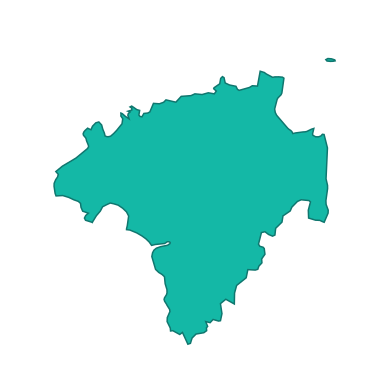 outline of Devon, rotated 98°
{"feature_id": "GBR-2048", "entity_name": "Devon", "entity_type": "Administrative County", "adm_level": 1, "iso_a3": "GBR", "parent_name": "United Kingdom", "parent_adm1": "", "projection": "mercator", "projection_center": [-3.833, 50.73], "detail": "fine", "context": "isolated", "style": "filled", "palette": "teal", "viewbox_px": 384, "rotation_deg": 98, "n_neighbors": 0, "source": "natural_earth", "source_scale": "10m", "svg_char_len": 3261}
<svg xmlns="http://www.w3.org/2000/svg" viewBox="0 0 384 384"><g transform="rotate(98 192 192)"><path d="M332.6,193.9L329.7,194.6L323.8,198.6L319.8,199.0L313.4,197.2L311.4,197.8L307.6,201.0L306.8,201.5L304.0,203.9L302.3,204.7L300.6,204.5L297.3,203.0L295.4,202.7L292.2,203.2L286.6,205.8L279.7,207.5L277.8,210.2L276.3,213.7L273.7,217.3L261.5,222.8L257.7,222.6L254.9,221.6L252.6,219.5L250.5,215.5L248.3,209.2L247.6,208.1L247.2,207.8L246.8,207.3L246.3,206.7L245.3,206.5L244.7,207.0L244.5,208.3L244.7,209.5L246.8,211.9L249.1,221.1L250.5,224.6L247.5,227.4L244.8,231.1L242.4,235.6L240.2,241.0L238.3,248.3L238.4,251.6L237.6,251.7L234.3,251.4L229.5,251.4L224.6,251.4L220.8,254.1L217.7,258.4L215.3,263.3L214.6,267.7L214.3,271.4L216.4,274.7L219.1,278.5L223.6,280.1L228.8,283.4L235.0,286.1L236.1,286.5L235.9,286.9L234.8,293.5L232.8,294.9L230.1,294.0L227.4,291.7L226.2,297.6L222.6,299.8L218.8,300.8L217.1,303.3L216.2,307.8L214.5,313.3L213.5,319.5L214.8,326.1L212.3,327.4L205.5,329.4L202.6,329.7L198.8,328.7L195.8,327.2L193.1,326.9L190.7,329.7L184.4,323.9L174.6,311.7L163.6,301.6L161.7,300.7L160.2,301.1L155.9,303.6L154.2,304.2L153.2,304.8L151.0,307.3L149.6,307.9L147.7,307.5L146.0,306.5L143.3,304.2L143.7,303.2L144.4,300.7L140.7,299.7L136.9,296.9L135.6,294.0L138.2,290.8L142.2,289.1L146.0,286.9L148.6,285.9L149.0,284.2L149.0,282.9L148.1,280.4L145.0,277.7L141.5,275.2L137.5,272.8L134.2,270.8L131.6,270.8L129.1,270.8L126.7,273.0L124.1,273.2L124.0,273.4L123.7,273.4L124.2,271.8L126.5,268.3L128.3,264.5L124.9,266.2L123.2,266.0L121.4,264.5L120.9,266.6L119.2,263.0L117.4,263.3L116.4,265.2L115.3,263.7L116.3,261.6L118.1,258.1L118.5,255.2L123.2,255.3L124.4,254.1L124.5,252.0L120.9,250.6L120.0,246.9L118.6,244.9L109.6,242.5L109.2,236.6L107.1,232.6L104.4,230.6L105.3,220.5L98.8,216.0L96.7,206.4L94.4,202.8L94.1,195.6L91.5,189.7L91.7,183.6L88.7,182.0L86.7,184.9L85.7,184.7L81.0,179.6L75.5,179.4L73.5,177.9L74.3,176.2L79.4,174.3L80.8,169.8L81.2,163.2L84.0,161.3L84.8,159.5L80.5,149.7L78.4,147.1L78.0,141.9L62.9,141.3L63.6,137.0L64.8,134.8L67.2,128.1L66.5,126.0L65.9,122.2L65.7,118.4L66.5,116.8L81.5,116.8L83.4,117.4L86.9,120.0L88.5,120.6L98.3,121.7L101.7,120.6L104.3,118.8L115.6,106.0L116.6,104.4L117.3,102.8L118.4,101.4L120.1,100.3L119.1,97.7L117.1,90.5L116.7,88.5L116.1,86.8L113.2,82.5L112.1,80.2L117.7,80.7L119.0,80.2L120.1,77.3L119.8,74.5L118.6,72.2L116.7,70.9L116.7,69.2L129.5,64.0L160.3,61.1L166.6,58.7L169.8,58.2L181.9,58.2L185.6,57.5L191.0,54.6L194.0,54.3L203.6,56.9L203.2,58.6L203.1,59.0L202.3,61.5L202.7,65.8L201.6,72.9L193.8,74.3L185.3,73.3L184.2,74.9L184.5,82.8L186.7,86.3L193.1,91.0L197.1,92.1L203.0,98.6L209.3,98.7L216.3,104.1L223.1,103.9L224.5,106.1L223.4,110.3L221.2,114.2L222.5,117.6L234.4,118.9L236.3,117.3L236.8,113.9L237.9,112.6L243.5,111.1L248.6,113.7L252.4,112.9L256.2,115.5L259.4,116.1L260.5,118.5L261.1,125.9L269.4,126.4L278.3,134.8L286.1,135.8L297.0,134.5L293.5,143.6L298.6,148.3L308.3,145.4L315.5,145.9L316.1,147.7L315.3,153.4L318.9,155.9L318.4,160.4L322.9,157.8L324.5,158.8L327.3,158.2L329.7,160.7L332.1,168.2L336.6,171.6L342.1,172.5L343.3,174.9L332.4,181.9L334.8,184.3L332.0,191.7L332.6,193.9ZM43.1,71.6L43.4,73.3L43.5,76.6L42.3,77.9L40.9,76.0L40.7,72.4L41.3,69.0L42.2,68.5L42.9,70.5L43.1,71.6Z" fill="#14b8a6" stroke="#0f766e" stroke-width="1.5"/></g></svg>